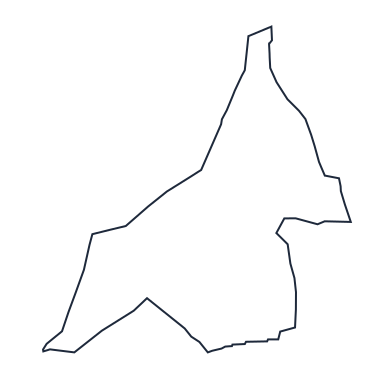 outline of Gubadag, Tashauz, Turkmenistan, rotated 177°
{"feature_id": "10190150B74382957458545", "entity_name": "Gubadag", "entity_type": "district", "adm_level": 2, "iso_a3": "TKM", "parent_name": "Turkmenistan", "parent_adm1": "Tashauz", "projection": "orthographic", "projection_center": [57.511, 41.081], "detail": "fine", "context": "isolated", "style": "outline", "palette": "slate", "viewbox_px": 384, "rotation_deg": 177, "n_neighbors": 0, "source": "geoboundaries", "source_scale": "gbopen_adm2", "svg_char_len": 1302}
<svg xmlns="http://www.w3.org/2000/svg" viewBox="0 0 384 384"><g transform="rotate(177 192 192)"><path d="M336.0,41.2L317.9,38.0L289.3,58.2L256.4,76.5L242.5,88.3L206.4,56.1L200.3,47.6L192.9,42.2L192.5,41.9L192.4,41.8L184.6,31.0L180.1,32.4L174.1,33.5L170.7,34.1L166.9,35.9L162.4,36.0L160.2,36.0L159.8,36.9L159.6,37.5L147.3,37.4L147.2,37.4L146.7,38.3L145.9,39.6L124.8,38.9L123.8,40.8L113.6,40.3L111.2,48.0L96.2,51.3L94.4,69.3L93.4,86.5L94.2,100.7L97.5,115.4L99.2,134.8L109.9,146.6L101.2,160.8L89.9,160.3L68.3,153.2L61.0,155.8L35.0,153.8L40.0,171.6L43.3,185.1L43.3,190.0L44.5,198.0L57.9,201.3L58.5,201.4L61.8,210.4L63.6,215.4L67.1,231.3L70.2,243.6L70.3,243.8L74.9,258.9L80.9,267.5L91.8,279.6L101.8,297.2L107.4,311.7L107.4,321.7L107.4,322.3L107.3,326.1L107.3,335.8L107.1,336.0L107.1,336.4L106.7,336.5L104.2,339.3L104.1,351.6L104.1,352.8L104.1,353.0L104.8,352.7L106.7,352.1L127.2,344.8L127.5,344.7L130.0,329.0L132.9,310.9L133.6,309.7L136.1,305.7L144.0,290.9L146.1,286.3L153.0,271.8L158.3,263.1L158.4,262.7L159.4,258.1L181.7,213.5L185.0,211.7L192.2,207.6L217.1,193.8L236.6,179.8L259.9,161.5L276.1,158.5L293.7,155.1L297.1,144.6L304.0,120.0L313.6,97.2L321.6,78.6L329.1,59.7L345.1,48.0L349.0,42.5L348.8,40.6L348.4,40.7L344.3,41.7L342.1,42.3L336.0,41.2Z" fill="none" stroke="#1e293b" stroke-width="2"/></g></svg>